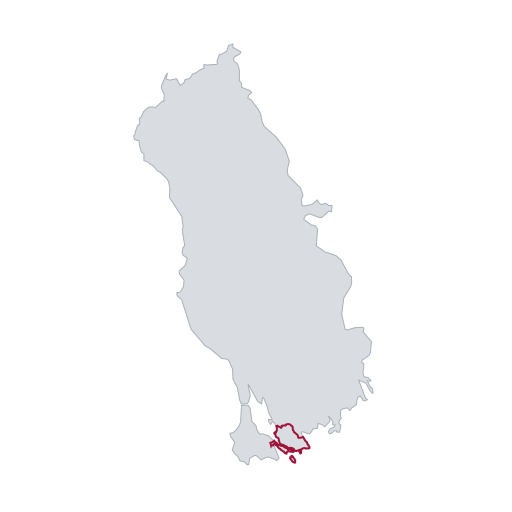 Çanakkale highlighted on a map of Turkey, rotated 250°
{"feature_id": "TUR-2239", "entity_name": "Çanakkale", "entity_type": "Province", "adm_level": 1, "iso_a3": "TUR", "parent_name": "Turkey", "parent_adm1": "", "projection": "equal_earth", "projection_center": [26.526, 40.093], "detail": "fine", "context": "in_parent", "style": "outline", "palette": "rose", "viewbox_px": 512, "rotation_deg": 250, "n_neighbors": 0, "source": "natural_earth", "source_scale": "10m", "svg_char_len": 6754}
<svg xmlns="http://www.w3.org/2000/svg" viewBox="0 0 512 512"><g transform="rotate(250 256 256)"><path d="M383.9,183.3L390.7,185.7L392.7,183.9L398.8,184.2L404.3,185.5L406.9,181.6L410.8,182.1L411.7,184.0L413.5,184.7L419.5,189.7L418.9,190.3L420.4,192.2L425.4,193.4L426.1,195.9L430.1,199.7L432.5,205.5L431.7,209.6L429.8,212.1L433.5,221.0L432.7,222.1L438.8,225.0L446.2,224.5L448.7,225.8L456.4,232.8L458.4,235.5L453.2,232.1L450.7,235.0L449.8,241.9L442.1,243.2L443.6,247.6L445.9,249.7L445.6,254.0L446.3,255.7L448.7,258.5L448.7,262.3L449.9,266.4L450.3,271.2L453.7,272.7L452.3,275.0L449.5,284.8L449.8,285.6L452.3,285.9L458.1,290.5L457.3,292.0L458.4,298.4L463.5,302.5L462.9,304.6L463.2,306.8L459.7,305.8L453.1,311.5L452.3,311.3L451.2,309.4L450.5,303.7L448.7,302.2L446.5,301.9L442.9,304.4L439.4,304.3L435.8,303.8L426.4,300.3L423.1,301.5L419.5,300.2L413.1,307.2L411.0,307.7L409.8,304.3L407.2,302.3L404.3,304.9L392.7,308.3L387.3,308.9L380.6,307.7L375.1,308.0L360.6,315.8L346.4,320.0L333.6,319.7L326.3,314.8L320.7,313.7L304.6,321.1L296.6,320.8L293.7,317.8L287.5,316.5L286.3,319.4L285.3,326.5L287.7,332.9L284.3,333.3L282.1,334.7L281.7,339.6L278.6,341.5L277.6,344.5L277.1,344.6L271.8,342.1L273.2,339.7L269.6,330.7L271.1,327.9L277.4,320.7L277.1,316.4L274.1,313.4L265.9,318.8L265.2,320.8L263.3,322.4L260.2,323.1L244.9,316.1L236.3,322.2L229.1,331.2L223.5,334.4L206.9,336.9L204.0,338.6L198.2,336.8L194.7,334.4L186.7,324.2L172.0,316.6L156.5,314.7L155.2,316.7L154.8,324.5L152.5,331.9L151.2,332.7L147.8,330.8L136.0,335.2L125.8,330.3L124.0,328.2L121.6,319.7L120.1,319.0L118.5,320.2L116.8,320.2L109.5,316.5L105.6,316.3L103.3,319.9L99.5,321.4L99.3,320.3L100.8,318.0L94.7,318.4L91.5,320.2L87.1,319.1L87.4,318.1L91.0,317.0L99.1,315.7L104.2,310.0L84.8,310.3L82.9,311.5L82.6,308.6L83.7,307.2L88.8,306.1L88.5,303.7L85.4,301.1L82.0,299.7L80.4,293.5L78.7,292.0L78.9,291.1L82.0,290.1L82.7,285.6L82.2,282.8L75.9,280.4L74.5,280.7L73.0,278.3L70.3,276.6L68.1,278.0L61.8,274.3L63.0,271.7L64.5,271.7L64.8,269.7L63.6,266.2L63.7,264.5L65.1,264.0L66.6,264.3L68.2,266.4L68.4,270.3L70.1,272.7L71.3,270.3L74.1,271.6L79.3,270.4L80.2,269.4L76.5,269.5L75.1,268.5L72.0,262.0L75.2,260.2L77.4,257.0L73.1,254.9L73.9,250.5L70.3,245.6L75.2,239.2L74.9,238.3L73.4,237.9L58.1,240.6L57.8,237.8L59.0,235.3L58.9,229.2L59.5,225.9L62.4,224.9L65.8,220.1L71.4,214.4L77.3,214.5L79.6,213.0L83.1,212.9L84.1,215.1L87.2,216.7L92.5,216.4L95.1,214.9L92.6,212.2L95.6,211.3L98.1,211.9L96.8,215.0L97.5,215.3L104.5,214.4L111.7,215.1L119.8,214.7L120.8,213.8L115.1,210.7L118.6,208.0L120.7,207.5L137.5,205.0L137.5,204.4L127.2,203.0L121.9,199.4L120.4,197.5L121.4,192.8L122.5,191.6L126.2,191.4L138.9,193.5L147.9,192.2L157.8,195.3L167.2,194.7L169.1,193.3L171.4,188.8L184.5,181.3L189.0,177.5L209.4,169.9L240.4,171.2L245.6,168.3L248.8,169.2L248.0,171.2L248.3,173.0L252.2,177.5L257.8,180.1L265.4,177.9L268.2,178.8L271.2,185.9L276.2,190.1L278.4,190.4L281.2,187.9L284.0,187.6L288.6,190.0L290.3,192.6L305.3,195.5L308.5,197.6L318.6,199.8L340.5,194.7L348.8,198.2L355.7,199.3L358.6,198.8L367.3,194.7L369.9,192.4L375.3,190.4L382.0,185.9L383.9,183.3ZM98.3,170.9L97.8,174.0L99.1,177.5L102.3,182.3L105.4,184.8L120.6,191.3L118.5,197.5L114.8,198.4L101.8,195.5L96.6,198.0L92.8,197.3L87.6,198.4L86.1,202.2L82.5,206.4L72.1,211.7L62.7,222.2L60.0,223.5L61.2,220.0L61.1,216.8L65.2,213.2L71.0,210.4L72.6,208.1L58.0,208.5L56.6,205.3L58.1,204.7L62.8,199.0L63.3,196.7L62.8,191.1L68.5,187.9L69.0,186.5L68.1,181.0L62.6,177.8L62.7,176.3L66.6,174.8L68.8,171.0L74.5,170.2L77.1,168.4L82.0,167.4L88.2,172.2L95.4,170.4L98.3,170.9ZM55.0,221.8L50.1,222.7L48.6,221.8L50.2,220.1L54.0,219.0L55.2,220.7L55.0,221.8Z" fill="#d9dde1" stroke="#a8b0b8" stroke-width="1"/><path d="M69.9,238.3L65.4,239.1L64.9,239.3L64.7,239.6L63.6,240.1L63.4,240.2L63.1,240.2L62.0,240.0L61.8,240.1L61.5,240.2L61.3,240.2L61.1,240.5L60.8,240.6L60.6,240.4L58.9,240.9L58.1,240.9L57.2,240.4L57.1,239.8L57.7,238.3L58.0,236.9L58.8,236.2L59.0,235.5L59.2,234.0L59.1,233.7L58.7,232.9L58.6,232.5L58.6,232.3L58.7,232.2L58.8,232.1L58.9,231.9L58.9,231.3L59.0,230.5L58.9,230.3L58.6,230.2L58.7,229.9L59.0,228.5L59.0,228.3L58.9,227.8L58.9,227.5L58.9,227.3L59.1,226.9L59.2,226.6L59.3,226.4L59.7,225.6L59.9,225.4L61.0,225.8L61.4,225.6L62.1,225.2L62.3,225.1L63.2,224.2L63.4,223.9L63.5,223.6L63.5,223.3L63.6,223.1L63.6,222.9L63.6,222.7L63.9,222.7L64.0,222.7L64.2,222.3L64.3,221.7L64.3,221.2L64.1,220.8L64.3,220.4L64.4,220.2L64.5,220.2L64.8,220.2L65.1,220.1L65.7,219.9L66.4,219.7L66.8,219.3L67.7,218.1L67.9,217.9L68.1,217.9L68.4,217.7L68.7,217.5L70.9,214.7L71.4,214.3L72.3,214.3L74.1,214.4L74.8,214.3L75.1,214.3L75.6,214.6L76.8,214.8L77.3,214.6L77.9,214.2L78.4,213.5L79.1,213.0L80.1,212.9L80.8,213.1L81.6,213.1L82.1,213.0L82.8,212.5L83.1,212.5L83.5,212.8L83.7,213.2L84.0,214.1L83.7,214.3L83.5,214.1L83.4,214.2L83.3,214.3L84.2,215.3L85.4,216.1L86.7,216.6L88.2,217.0L88.8,217.0L89.0,216.9L89.3,217.1L89.1,218.3L88.0,218.9L86.6,220.5L86.2,220.6L86.0,220.8L86.4,221.6L87.2,222.0L87.6,222.1L87.6,222.8L87.3,223.7L87.2,224.4L87.0,225.1L86.8,225.3L86.6,225.8L87.0,226.4L87.4,226.7L87.3,227.8L86.9,229.0L86.4,230.0L85.6,230.7L84.7,231.0L83.8,231.7L82.9,232.0L81.3,231.5L79.8,231.2L79.2,231.5L78.5,231.5L77.5,231.5L76.6,232.2L75.1,232.9L74.3,233.5L73.4,233.9L71.4,233.6L70.6,233.8L69.9,236.0L69.9,238.3ZM76.2,209.9L75.9,210.0L75.1,210.2L73.9,211.0L73.6,211.3L73.2,211.6L71.9,211.7L71.5,212.0L70.8,212.6L70.5,212.7L70.3,212.9L70.1,213.7L69.8,214.1L69.2,214.4L69.0,214.6L69.0,215.1L68.8,215.6L68.5,215.9L67.4,217.0L67.2,217.1L66.6,217.3L66.3,217.5L65.8,218.0L65.7,218.2L65.2,218.9L64.8,219.2L64.3,219.5L63.8,219.7L63.4,219.8L63.1,220.0L63.1,220.6L63.4,221.1L63.7,221.3L62.7,222.3L62.4,222.6L61.5,223.0L60.9,223.7L60.6,223.8L59.5,224.2L59.2,224.2L59.1,223.8L59.3,223.4L59.7,223.0L60.0,222.4L60.2,221.8L60.3,221.5L61.2,220.2L61.5,219.2L61.4,218.4L61.0,217.8L60.3,217.3L60.6,217.1L60.5,216.8L60.3,216.7L60.2,216.6L60.4,216.4L60.6,216.1L60.8,216.1L61.0,215.8L62.1,215.4L62.5,215.4L62.9,214.8L63.9,214.2L64.9,213.3L66.2,212.9L67.1,212.0L67.7,211.7L68.4,211.4L69.0,211.2L70.0,211.3L70.3,211.2L70.6,210.9L71.0,210.2L71.3,209.9L71.8,210.1L72.5,209.9L73.1,209.4L73.4,208.8L72.7,207.4L72.5,207.2L72.3,207.2L72.5,205.4L72.4,205.3L75.6,205.6L75.5,207.8L76.2,209.9ZM55.9,221.0L55.9,221.5L55.5,221.8L55.0,222.0L53.6,222.2L52.6,222.6L50.7,222.9L50.2,222.9L49.7,222.7L49.4,222.4L48.5,222.1L48.5,221.9L49.0,221.1L49.7,220.4L50.6,219.8L52.0,219.6L53.8,218.9L54.1,218.8L54.4,218.9L54.5,219.0L54.8,219.4L55.1,219.4L55.1,219.6L55.0,219.9L55.0,220.2L55.0,220.6L55.1,220.8L54.9,221.2L55.1,221.3L55.5,221.2L55.8,221.0L55.9,221.0ZM57.0,230.2L57.3,230.0L57.4,230.3L57.4,231.3L57.3,231.7L56.9,231.6L56.2,231.2L55.6,230.9L55.3,230.6L55.2,230.3L55.4,230.1L55.8,230.0L56.5,230.0L56.8,230.0L57.0,230.2Z" fill="none" stroke="#9f1239" stroke-width="2"/></g></svg>